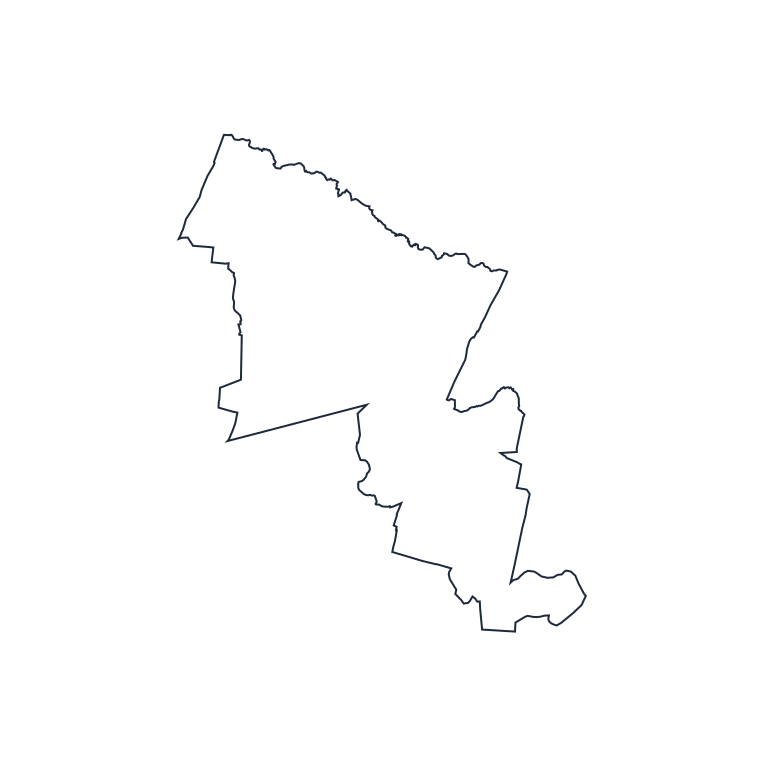 outline of Matasaru, Dâmbovita, Romania, rotated 329°
{"feature_id": "2599482B12990773246129", "entity_name": "Matasaru", "entity_type": "district", "adm_level": 2, "iso_a3": "ROU", "parent_name": "Romania", "parent_adm1": "Dâmbovita", "projection": "albers", "projection_center": [25.452, 44.69], "detail": "fine", "context": "isolated", "style": "outline", "palette": "slate", "viewbox_px": 768, "rotation_deg": 329, "n_neighbors": 0, "source": "geoboundaries", "source_scale": "gbopen_adm2", "svg_char_len": 6135}
<svg xmlns="http://www.w3.org/2000/svg" viewBox="0 0 768 768"><g transform="rotate(329 384 384)"><path d="M488.7,482.5L487.6,478.7L487.7,477.8L487.0,477.1L487.0,476.2L486.3,475.1L487.1,473.3L488.5,472.6L489.7,469.8L492.0,466.0L492.4,464.5L492.5,462.3L493.1,461.2L493.0,460.2L492.0,457.4L491.2,456.4L492.1,454.9L491.0,454.7L490.8,452.1L490.3,451.9L489.3,452.2L488.9,451.0L488.2,450.5L487.0,450.1L485.4,450.1L485.4,448.8L484.8,448.3L483.1,448.8L482.3,448.2L479.3,449.3L477.9,448.9L470.2,452.9L468.3,453.4L464.4,453.7L463.4,453.3L455.7,452.5L453.9,451.4L452.8,451.5L451.9,450.6L450.4,450.6L446.7,449.0L444.8,448.9L444.2,449.3L441.3,449.5L438.8,448.5L436.0,448.0L434.0,445.7L433.8,444.6L432.4,443.1L431.3,441.4L432.4,440.9L433.5,439.4L436.4,434.4L433.7,431.3L431.3,431.5L430.3,430.6L429.8,429.7L445.2,418.5L466.2,405.0L469.9,400.9L473.3,396.6L478.8,391.7L481.6,390.1L484.4,389.7L485.0,390.5L491.1,386.9L491.6,387.4L494.7,385.6L496.3,384.5L497.6,383.0L504.5,379.1L515.6,371.5L531.1,362.8L545.4,352.9L547.5,351.1L542.4,345.6L539.8,344.5L539.0,344.7L536.5,343.2L534.6,343.0L533.5,341.9L534.0,340.6L533.9,339.7L532.8,336.8L531.7,336.3L531.2,335.2L530.8,334.2L531.3,331.9L530.6,330.9L529.1,330.2L527.3,330.8L524.0,329.9L522.6,330.3L521.4,330.0L520.1,327.7L518.6,324.0L520.9,320.3L520.9,317.2L520.7,315.0L520.1,314.0L513.6,310.3L513.2,309.4L512.2,309.1L509.2,309.3L507.4,308.8L505.7,307.3L505.2,305.2L502.9,302.9L502.0,303.7L499.5,304.1L498.8,305.1L494.4,304.7L493.6,303.1L493.7,301.8L494.4,300.2L494.0,298.2L494.3,297.0L493.3,292.9L492.4,290.7L489.2,287.7L486.3,288.7L484.5,287.7L483.2,286.4L483.1,285.5L483.3,284.4L484.6,282.8L484.6,281.9L483.5,280.4L482.5,281.1L481.8,280.8L482.1,280.1L481.2,279.9L478.9,280.8L477.9,279.7L478.2,279.2L477.6,277.8L478.0,276.2L478.8,275.4L478.8,275.1L478.3,275.3L477.8,274.0L478.9,273.1L478.9,272.6L479.5,272.1L478.8,270.2L478.3,270.0L478.5,269.1L478.3,268.3L477.6,266.9L476.2,265.5L475.8,264.4L475.5,264.3L475.2,264.8L474.4,263.4L474.0,263.6L473.7,264.3L472.9,264.1L472.7,263.1L470.5,263.3L470.2,262.9L470.1,262.6L471.4,262.0L471.6,261.6L470.5,260.1L470.5,259.5L469.1,258.2L469.2,256.2L466.0,251.9L465.8,250.4L466.7,248.8L465.5,246.4L465.3,244.5L464.4,241.7L463.0,241.6L462.9,240.9L463.6,239.9L462.2,236.5L462.4,235.0L461.5,233.7L461.5,232.7L461.8,231.5L462.2,231.2L462.3,230.0L463.6,229.2L462.3,227.9L461.8,227.0L461.9,225.6L462.4,224.8L463.1,224.3L460.7,222.3L459.7,221.1L457.9,217.6L456.1,212.4L455.0,210.8L450.9,209.7L452.4,206.1L452.5,204.9L453.3,203.6L452.0,199.6L452.0,198.3L451.6,198.2L450.9,198.9L450.0,198.8L449.5,199.5L448.8,199.6L447.3,198.7L444.1,199.8L441.6,199.6L441.7,199.1L442.8,198.0L442.6,197.0L442.9,196.6L445.7,194.1L445.5,193.6L444.9,193.4L444.5,193.1L444.5,192.5L443.7,191.9L444.1,191.3L446.1,189.6L445.9,189.1L446.3,188.2L448.6,187.2L446.8,183.8L444.9,183.0L444.2,180.5L442.7,180.9L441.8,180.0L440.3,180.0L440.1,178.1L440.5,177.2L440.1,176.5L440.4,175.3L440.3,174.4L438.7,170.2L437.7,169.9L437.1,169.3L436.9,168.6L435.7,167.2L433.3,167.4L430.7,166.6L430.0,166.0L429.0,164.0L427.6,163.2L427.2,162.4L427.1,161.4L425.9,161.5L425.7,161.0L426.1,159.3L427.0,157.6L427.3,155.9L426.2,152.1L424.7,150.7L419.6,149.8L419.1,149.0L416.0,147.2L409.8,145.2L408.0,145.2L406.2,146.0L403.0,143.6L402.6,142.9L402.3,138.9L402.6,138.6L403.9,139.2L405.5,137.8L405.4,134.0L406.0,133.2L406.5,131.3L406.4,126.7L406.5,125.8L406.3,124.6L406.0,124.1L405.1,124.2L404.1,122.1L402.4,121.5L402.4,120.6L402.0,120.3L400.6,120.8L399.8,121.5L399.4,121.4L399.5,120.0L398.7,119.2L398.0,118.9L398.0,118.1L397.6,117.1L394.4,115.7L392.8,114.0L392.2,113.1L392.0,112.3L391.2,111.4L391.1,110.2L391.4,109.5L393.6,107.7L394.2,106.6L393.9,105.2L391.7,104.6L389.6,101.7L388.4,100.8L385.5,100.2L382.3,97.9L381.7,96.7L381.9,92.8L381.5,91.8L380.7,91.3L380.3,91.5L375.1,88.0L352.8,105.9L352.6,106.2L352.7,107.2L349.9,109.3L339.8,114.8L327.5,123.8L322.3,128.8L311.5,134.7L299.3,140.6L291.2,148.1L287.7,150.3L287.7,150.7L282.7,153.9L286.0,154.5L291.2,157.4L291.5,167.2L304.6,176.5L308.0,179.1L298.9,190.9L310.2,199.3L313.0,200.4L310.0,204.6L309.9,205.5L310.4,206.0L311.5,210.0L312.6,211.6L311.0,213.6L310.3,217.3L309.3,219.5L301.4,228.9L298.5,232.9L297.9,236.3L294.5,241.2L294.0,243.9L294.1,244.8L295.2,247.9L296.0,251.3L294.6,255.7L294.2,256.2L293.1,256.2L291.9,258.9L289.9,258.0L287.7,265.7L285.8,266.4L285.3,267.1L287.1,269.1L263.8,306.3L263.5,306.6L241.5,302.8L235.2,312.0L233.1,314.3L230.0,319.0L240.2,329.9L243.6,333.0L236.6,340.8L230.5,345.8L222.4,351.7L220.5,352.3L358.5,392.9L346.1,395.8L337.2,415.3L331.5,421.1L330.7,420.4L328.1,423.7L326.9,426.1L324.7,437.0L328.7,439.9L329.4,441.8L329.5,445.3L328.5,448.7L327.7,450.2L325.5,451.5L323.4,451.9L321.0,454.2L317.2,455.6L315.0,455.8L311.8,454.9L310.1,456.6L309.9,457.6L308.9,458.9L308.4,459.9L308.1,461.8L310.0,467.9L311.3,469.8L313.2,471.3L314.9,471.8L316.1,473.3L318.2,474.5L318.5,475.2L317.3,480.7L316.8,481.4L315.1,482.4L315.0,482.8L315.2,483.3L317.8,484.9L319.1,487.6L320.7,489.0L324.1,491.2L326.1,491.8L325.7,492.9L328.3,493.7L337.5,495.0L327.7,502.3L327.5,503.2L319.5,510.2L321.3,512.9L319.5,514.7L319.9,515.2L318.8,516.1L319.2,516.5L312.6,524.1L307.7,528.8L304.6,532.3L325.8,555.5L335.6,565.2L336.3,565.5L346.7,576.7L342.9,578.8L341.4,580.6L339.9,585.2L340.0,597.6L337.0,600.7L338.9,608.8L339.3,613.3L343.3,614.9L346.0,614.2L350.4,611.7L351.7,615.1L351.8,618.6L354.1,619.7L350.7,626.1L341.6,645.0L368.8,663.7L373.8,656.2L385.4,656.2L387.8,656.8L391.8,660.4L394.9,662.5L398.2,664.0L402.2,665.2L406.2,667.3L403.8,670.0L403.3,671.9L403.7,674.3L404.8,676.5L407.6,679.9L412.9,680.0L428.4,677.7L439.6,675.2L447.9,669.5L447.4,666.8L448.0,655.1L449.3,646.9L447.6,641.1L444.3,637.9L441.8,637.7L438.3,638.8L434.5,637.0L429.6,637.0L424.3,634.3L419.9,630.1L417.2,624.0L415.9,621.9L411.1,618.3L407.5,617.9L402.4,618.8L398.4,619.9L393.8,618.7L390.2,619.5L402.8,606.3L428.4,578.6L437.6,569.6L442.3,563.9L452.2,553.4L452.0,548.4L451.7,547.8L444.2,541.3L448.6,536.8L457.0,527.3L460.1,523.7L460.1,523.2L459.6,522.9L457.8,519.6L451.2,510.9L450.6,507.8L449.9,507.0L448.3,503.1L462.8,510.7L464.6,507.6L486.5,483.9L487.6,483.5L488.7,482.5Z" fill="none" stroke="#1e293b" stroke-width="2"/></g></svg>